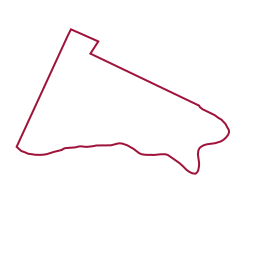 Switzerland, Indiana, United States of America, rotated 25°
{"feature_id": "52423323B76202305495147", "entity_name": "Switzerland", "entity_type": "district", "adm_level": 2, "iso_a3": "USA", "parent_name": "United States of America", "parent_adm1": "Indiana", "projection": "robinson", "projection_center": [-84.951, 38.809], "detail": "fine", "context": "isolated", "style": "outline", "palette": "rose", "viewbox_px": 256, "rotation_deg": 25, "n_neighbors": 0, "source": "geoboundaries", "source_scale": "gbopen_adm2", "svg_char_len": 1010}
<svg xmlns="http://www.w3.org/2000/svg" viewBox="0 0 256 256"><g transform="rotate(25 128 128)"><path d="M34.4,70.7L35.0,192.1L40.0,193.7L41.4,193.9L46.0,193.5L48.0,193.6L55.4,191.4L59.5,189.6L63.2,187.6L65.7,185.8L70.9,181.0L77.4,175.8L77.4,175.4L79.0,173.3L80.1,172.5L88.5,167.8L91.1,165.6L93.1,164.5L98.3,162.7L103.8,159.4L106.9,157.1L114.7,153.4L120.0,150.8L125.3,146.4L127.1,145.3L129.7,144.5L134.8,144.0L142.0,144.6L148.7,146.1L151.6,146.0L155.2,144.9L163.2,141.3L169.1,137.8L172.7,136.1L175.4,135.6L189.2,138.0L193.3,139.2L198.7,141.2L201.9,141.8L205.1,141.9L208.1,141.1L208.9,140.3L209.4,138.6L209.5,136.6L208.5,132.6L207.3,129.8L202.6,122.5L201.3,118.8L201.3,116.0L202.4,113.7L204.2,111.3L207.0,109.0L213.2,105.1L217.1,101.6L217.5,101.2L218.7,99.7L219.9,97.6L221.0,94.8L221.6,91.7L221.3,88.9L220.7,87.9L220.0,87.1L214.6,83.1L209.0,80.9L206.1,80.7L201.0,79.7L187.5,79.5L184.4,78.7L183.3,78.0L183.1,77.7L62.5,76.5L64.5,62.1L34.6,62.7L34.4,70.7Z" fill="none" stroke="#9f1239" stroke-width="2"/></g></svg>